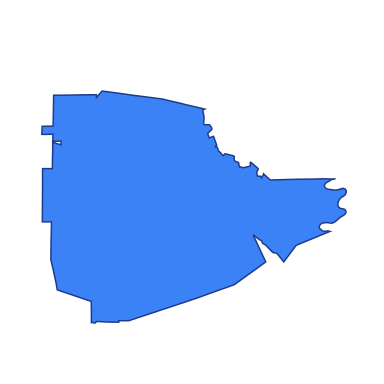 outline of Jiménez, Tamaulipas, Mexico, rotated 261°
{"feature_id": "50627088B38667494572477", "entity_name": "Jiménez", "entity_type": "district", "adm_level": 2, "iso_a3": "MEX", "parent_name": "Mexico", "parent_adm1": "Tamaulipas", "projection": "orthographic", "projection_center": [-98.515, 24.206], "detail": "fine", "context": "isolated", "style": "filled", "palette": "blue", "viewbox_px": 384, "rotation_deg": 261, "n_neighbors": 0, "source": "geoboundaries", "source_scale": "gbopen_adm2", "svg_char_len": 4005}
<svg xmlns="http://www.w3.org/2000/svg" viewBox="0 0 384 384"><g transform="rotate(261 192 192)"><path d="M93.8,219.1L96.0,223.6L96.8,225.1L101.7,234.8L104.7,240.8L111.4,253.9L140.3,245.6L134.9,250.6L134.6,250.9L133.1,252.9L132.3,253.3L130.7,253.5L130.0,254.0L128.6,256.0L119.8,262.2L119.2,263.2L118.7,265.0L118.2,266.1L117.9,266.4L117.4,266.7L108.6,271.7L123.0,286.5L128.7,310.3L131.5,322.1L131.7,321.6L132.1,320.8L132.3,320.1L132.4,319.3L132.3,318.8L132.3,318.0L132.4,317.2L132.9,315.4L133.2,314.6L133.7,314.3L134.5,313.7L135.4,312.8L136.5,312.3L137.4,312.2L138.7,312.6L139.8,313.6L139.9,313.9L140.8,315.3L140.9,316.1L140.8,319.7L140.4,321.5L139.4,324.8L139.4,325.9L139.6,327.1L140.4,329.0L141.8,331.3L142.5,332.3L142.7,332.6L143.7,334.4L144.1,335.0L144.3,335.4L145.0,337.6L145.8,339.1L146.5,340.0L147.1,340.6L147.8,340.9L148.3,341.0L148.9,341.0L149.3,341.0L150.2,340.6L150.9,340.2L151.4,339.3L151.7,338.6L152.3,336.9L152.6,336.2L152.9,335.6L153.7,334.8L154.7,334.2L155.7,334.1L156.9,334.0L158.9,334.7L160.8,335.9L162.0,336.9L162.8,338.0L163.4,339.1L164.0,340.4L164.5,341.6L164.8,342.1L165.3,342.8L165.5,342.9L165.9,343.3L166.5,343.8L168.0,344.4L168.4,344.5L168.6,344.5L169.1,344.4L169.5,344.4L170.3,344.2L171.0,343.7L171.9,342.1L172.1,341.0L171.7,339.1L171.5,337.5L171.4,336.4L171.3,334.7L171.6,333.2L171.9,332.2L172.3,330.7L172.7,329.4L173.2,327.8L173.5,326.8L173.9,325.9L174.5,324.9L176.1,323.9L176.7,323.8L177.7,323.8L178.4,324.1L178.5,324.2L179.8,325.4L180.8,327.7L180.9,328.3L181.3,329.1L181.7,330.0L182.3,331.6L182.5,332.6L182.5,334.2L182.5,335.8L183.1,331.3L184.4,324.6L185.5,316.1L186.2,311.1L187.3,303.6L188.0,298.9L189.3,289.0L190.2,282.4L190.2,281.9L190.8,277.5L191.6,271.2L198.8,265.5L198.2,265.3L197.8,265.1L195.2,262.9L196.8,262.1L197.5,259.0L201.3,259.0L202.3,259.7L204.3,261.0L204.6,260.7L205.0,260.8L206.0,260.0L212.2,254.7L211.9,254.1L211.5,254.0L208.9,253.8L208.3,252.4L208.2,250.6L208.0,246.0L209.3,243.7L209.3,242.8L210.9,242.6L212.3,242.6L212.7,242.6L213.0,242.7L213.5,242.7L213.8,242.5L214.3,241.8L214.8,240.7L215.3,239.9L215.6,239.7L216.2,239.0L216.8,238.8L218.2,238.8L219.9,239.2L220.5,239.2L221.2,238.7L222.6,235.4L222.7,235.2L223.1,234.3L223.4,233.7L224.5,230.9L224.5,230.7L224.5,230.4L224.1,229.8L224.0,229.6L222.9,228.6L223.0,228.3L223.5,228.0L227.4,225.6L227.5,225.2L228.3,224.7L228.9,224.5L231.8,224.1L232.2,224.0L232.5,223.6L233.1,222.2L233.3,222.4L234.3,223.7L235.7,223.5L236.9,223.2L237.9,223.1L238.6,222.9L241.4,222.4L242.2,222.3L243.0,222.1L243.6,222.0L242.9,217.9L242.8,217.4L246.6,216.8L247.1,216.7L247.4,216.8L247.7,217.0L248.1,217.6L250.1,220.6L250.4,221.1L250.8,221.4L251.4,221.6L252.2,221.5L255.2,220.2L255.5,220.0L255.7,219.6L256.6,214.9L256.7,214.6L257.0,214.4L257.3,214.3L257.8,214.2L263.2,215.5L264.3,215.6L270.6,215.5L271.2,215.6L271.5,216.0L271.9,217.5L278.4,201.6L280.3,197.0L280.5,196.7L286.9,181.0L288.4,177.5L291.6,166.7L296.0,151.5L296.0,151.4L301.9,132.1L303.9,125.3L305.8,119.0L303.7,116.5L300.9,113.2L300.3,112.4L303.0,112.8L303.9,107.3L304.1,105.8L305.8,93.9L306.4,89.6L306.5,88.9L307.4,82.4L309.2,70.5L290.5,67.2L284.3,66.1L280.5,65.4L279.3,65.2L278.8,65.1L280.1,55.8L280.3,54.2L279.6,54.1L272.4,52.7L272.2,53.7L270.8,63.7L263.9,62.4L262.7,70.6L259.1,70.0L262.9,62.2L260.2,61.8L256.8,61.2L255.3,61.0L246.1,59.3L241.2,58.5L236.9,57.7L238.5,48.1L233.9,47.3L231.5,47.0L228.2,46.4L217.4,44.7L212.6,43.9L195.1,41.0L193.9,40.8L185.9,39.5L184.5,48.5L184.4,48.5L183.9,48.4L179.1,47.6L172.6,46.4L163.8,44.8L147.1,42.0L138.0,42.7L123.1,43.5L116.4,43.6L108.8,58.1L106.7,62.0L105.9,63.6L101.9,71.1L99.8,75.4L91.0,74.1L90.0,74.0L78.7,72.2L78.7,73.4L77.8,75.1L77.8,75.9L78.7,77.1L79.0,78.0L76.9,87.6L75.9,93.3L74.9,99.3L76.3,99.6L76.1,100.9L74.8,109.1L74.8,109.8L74.9,110.3L75.4,113.5L75.9,116.5L76.0,116.8L77.9,128.3L78.0,129.3L78.1,129.9L80.7,145.3L81.4,149.9L81.5,150.7L82.7,157.7L83.4,161.8L83.7,163.8L84.1,166.3L84.2,167.0L85.8,176.3L86.0,177.8L86.4,180.1L90.1,199.2L91.0,204.1L93.8,219.1Z" fill="#3b82f6" stroke="#1e3a8a" stroke-width="1.5"/></g></svg>